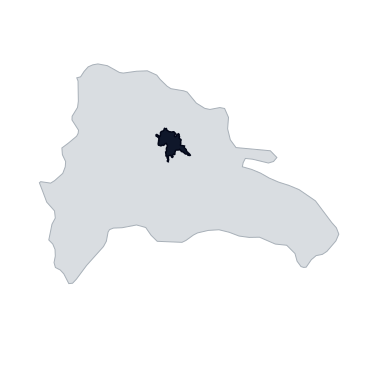 Concepción de la Vega, La Vega, Dominican Republic (highlighted), rotated 10°
{"feature_id": "3306468B4333912279461", "entity_name": "Concepción de la Vega", "entity_type": "district", "adm_level": 2, "iso_a3": "DOM", "parent_name": "Dominican Republic", "parent_adm1": "La Vega", "projection": "natural_earth1", "projection_center": [-70.509, 19.202], "detail": "fine", "context": "in_parent", "style": "filled", "palette": "ink", "viewbox_px": 384, "rotation_deg": 10, "n_neighbors": 0, "source": "geoboundaries", "source_scale": "gbopen_adm2", "svg_char_len": 6232}
<svg xmlns="http://www.w3.org/2000/svg" viewBox="0 0 384 384"><g transform="rotate(10 192 192)"><path d="M59.3,264.1L59.7,248.0L61.9,241.4L59.9,234.5L50.7,227.2L45.1,217.7L40.1,209.4L41.2,208.1L51.2,207.8L54.7,204.7L61.5,196.1L62.8,189.2L62.3,184.0L57.9,177.8L56.2,171.2L61.6,165.5L68.7,157.1L69.7,153.9L69.5,150.8L61.3,141.9L60.8,138.2L64.6,128.6L64.3,122.3L60.5,102.5L58.7,99.6L62.3,97.9L64.8,92.0L68.0,86.8L72.2,84.0L77.1,82.2L86.7,82.3L99.9,86.9L103.7,86.8L116.4,82.7L127.0,80.4L137.0,83.0L141.0,86.6L149.2,92.2L153.3,93.9L166.3,93.8L169.9,94.4L180.8,103.7L190.0,107.4L195.3,107.6L204.8,104.0L209.6,104.1L215.0,112.2L216.1,123.6L220.7,134.0L227.6,140.6L262.0,137.8L269.6,143.3L267.0,147.8L262.2,150.2L245.8,149.2L238.7,149.7L237.3,154.2L237.2,158.4L246.8,159.4L256.2,161.5L265.7,164.9L275.4,167.2L286.4,168.7L297.1,171.1L315.1,179.3L335.0,197.9L340.4,202.2L343.9,208.0L342.2,215.2L335.2,227.0L331.2,230.8L325.3,233.1L321.3,237.9L317.5,246.2L315.1,246.9L312.3,246.5L307.5,241.9L304.1,234.7L294.5,228.0L283.1,228.8L266.3,224.8L256.2,226.8L246.0,227.2L235.6,225.2L225.1,224.5L214.7,227.0L204.6,231.3L200.9,234.1L194.4,240.8L190.9,243.3L166.3,246.6L159.2,241.7L152.6,235.0L143.1,234.1L129.4,239.3L120.8,241.2L117.3,243.4L116.3,246.0L116.2,255.4L114.3,261.1L100.9,282.7L93.3,297.9L90.2,302.6L86.6,303.6L80.0,294.9L75.8,291.7L70.6,290.1L68.4,285.5L68.5,278.8L67.1,272.4L63.9,267.4L59.3,264.1Z" fill="#d9dde1" stroke="#a8b0b8" stroke-width="1"/><path d="M176.6,148.0L172.8,148.0L172.6,148.0L172.5,147.9L172.4,147.8L172.4,147.6L172.4,147.2L172.4,146.5L172.5,146.1L172.3,145.5L172.3,145.1L172.2,145.0L172.0,144.8L172.0,144.7L172.1,144.3L172.1,144.0L172.2,142.9L172.1,142.7L172.1,142.4L171.9,142.2L171.7,142.1L171.3,142.1L171.1,142.0L170.5,141.5L170.1,141.2L169.9,140.9L169.9,140.5L170.0,140.3L170.1,139.9L170.1,139.7L169.8,139.0L169.4,138.5L169.3,138.3L169.2,138.2L169.3,137.9L169.4,137.7L169.0,137.3L168.7,137.0L168.0,137.6L167.8,137.7L167.4,137.7L167.3,137.8L167.2,138.0L167.1,138.5L167.0,138.9L167.0,139.6L166.9,139.7L166.9,139.8L166.6,140.0L166.4,140.0L166.2,140.3L165.7,140.5L165.3,140.4L165.2,140.4L165.1,140.2L165.0,139.4L165.0,138.9L165.1,138.6L165.4,138.3L165.4,138.1L165.6,137.7L165.7,137.4L165.5,137.1L165.3,137.0L164.5,136.5L164.0,136.0L163.7,135.9L163.2,135.9L162.7,136.0L162.4,136.2L162.2,136.4L162.1,136.5L161.9,136.5L158.9,136.5L158.6,136.5L158.4,136.5L158.3,136.4L157.8,136.0L157.4,135.8L157.2,135.7L156.6,135.7L156.4,135.5L156.3,135.1L156.1,134.6L155.8,134.0L155.4,134.2L155.1,134.3L154.8,134.3L154.5,134.2L154.1,134.1L153.9,134.1L153.8,134.5L153.7,134.6L153.7,135.4L153.6,135.6L153.4,136.2L153.1,136.6L152.4,137.3L151.9,137.5L151.5,137.6L151.4,137.7L151.3,137.8L151.1,138.1L150.8,138.6L150.7,138.9L150.7,139.4L150.7,139.7L150.9,140.1L151.0,141.2L151.1,141.7L151.0,141.9L150.8,142.2L150.8,142.3L150.8,142.5L150.9,142.8L150.8,143.0L150.6,143.1L150.2,143.1L149.9,142.9L149.6,142.5L149.5,142.4L149.4,142.3L149.0,142.2L148.7,142.0L148.2,142.0L148.0,141.9L147.9,141.8L147.6,141.5L147.4,141.5L147.2,141.5L146.9,141.9L146.7,142.0L146.8,142.5L146.8,142.8L146.9,143.0L147.1,143.2L147.2,143.3L147.4,143.3L147.8,143.4L148.0,143.4L148.5,143.8L149.2,144.0L149.3,144.0L149.7,144.4L149.8,144.4L150.2,144.5L150.3,144.6L150.4,144.8L150.1,145.3L150.0,145.6L150.2,145.9L150.4,145.9L150.4,146.0L150.6,146.3L150.7,146.5L150.3,146.8L150.2,147.1L150.4,147.3L150.5,147.6L150.5,147.8L150.4,148.3L150.2,148.6L150.3,148.8L150.4,149.0L150.3,149.5L150.4,150.1L150.3,150.4L150.3,150.5L150.4,150.8L151.0,151.4L151.0,151.7L151.8,151.7L152.2,151.8L152.5,151.7L153.1,151.9L153.4,152.0L153.5,151.9L153.9,151.5L154.1,151.3L154.2,151.2L154.7,150.9L154.9,150.9L155.1,150.9L155.3,150.9L155.5,151.1L156.1,150.7L156.4,150.5L156.6,150.3L156.8,150.1L156.9,149.6L157.0,149.4L157.4,149.1L157.9,148.6L158.0,148.5L158.3,148.7L158.4,148.9L158.5,149.1L158.8,149.3L159.0,149.5L159.2,149.8L159.4,150.2L159.6,150.5L159.8,150.7L159.8,150.9L159.8,151.2L159.6,151.5L159.7,151.9L159.7,152.1L159.4,152.6L159.2,153.1L159.2,153.4L159.3,153.8L159.4,154.5L159.5,154.8L159.6,155.3L159.8,155.7L159.9,156.2L159.8,156.4L159.6,156.6L159.5,156.9L159.3,157.0L159.2,157.2L159.1,157.3L159.3,157.7L159.4,158.1L159.5,158.4L159.6,158.9L159.8,159.2L159.9,159.6L160.0,159.8L159.9,160.0L160.1,161.0L160.3,161.1L160.9,161.1L161.0,161.2L161.2,161.3L161.4,161.5L161.4,162.0L161.4,162.3L161.7,162.8L161.8,163.1L162.5,163.9L162.6,164.0L162.6,164.6L162.5,164.8L162.5,165.6L162.3,165.8L162.6,166.1L163.0,166.3L163.4,166.3L163.3,165.9L163.3,165.6L163.3,165.0L163.4,164.6L163.4,164.4L163.2,163.6L162.8,162.8L162.8,162.6L162.8,162.1L162.7,162.0L162.6,161.8L162.5,161.7L161.9,161.0L161.9,160.9L162.0,160.7L162.5,160.6L162.9,160.2L163.1,160.1L163.3,160.1L163.7,160.0L163.9,160.0L164.0,159.9L164.1,159.7L164.3,159.6L164.5,159.5L164.8,159.5L165.0,159.6L165.2,159.8L165.5,160.6L165.6,160.8L166.0,161.2L166.1,161.3L166.4,161.4L166.6,161.4L166.9,161.0L167.2,160.6L166.9,160.3L166.8,160.1L166.5,159.5L166.5,159.4L166.6,159.1L166.9,158.7L167.0,158.2L167.2,157.9L167.4,157.9L167.6,157.9L167.7,158.0L168.0,158.1L168.3,158.1L168.5,157.9L168.5,157.7L168.4,156.8L168.4,156.5L168.3,156.2L168.2,155.9L168.3,155.7L168.4,155.4L168.4,155.2L168.5,154.6L168.5,154.4L168.6,154.1L168.8,153.9L169.2,153.4L169.5,153.2L170.5,153.2L171.0,153.0L171.6,152.9L171.8,152.9L172.0,152.7L172.2,152.4L172.3,152.3L172.3,152.2L172.5,152.2L172.6,152.3L172.9,152.6L173.4,152.9L173.7,153.0L174.0,153.3L174.4,153.9L174.5,154.0L174.8,154.0L175.1,153.8L175.4,153.8L175.8,153.8L176.1,153.8L176.3,153.9L176.6,154.4L176.6,154.5L176.8,154.5L177.1,154.4L177.3,154.4L177.5,154.8L177.7,155.0L177.9,155.1L178.3,155.3L178.7,155.6L178.8,155.6L179.0,155.7L179.3,155.5L179.5,155.5L179.8,155.5L180.1,155.6L180.3,155.5L180.5,155.5L181.0,155.7L181.4,155.8L181.5,155.8L181.6,156.0L181.6,156.3L181.6,156.5L181.8,156.6L182.3,156.4L182.6,156.3L183.0,156.5L183.8,156.3L183.9,156.2L184.0,156.0L183.9,155.9L183.6,155.7L183.2,155.2L182.9,155.1L182.4,154.6L182.1,154.4L181.8,154.3L181.2,154.0L180.9,153.6L180.5,153.5L179.9,153.1L179.7,152.8L179.6,152.7L179.5,152.4L179.1,151.9L179.0,151.4L178.9,151.2L178.5,150.9L178.1,150.6L177.2,150.1L177.0,149.8L176.7,149.5L176.6,149.3L176.6,149.2L176.6,148.8L176.6,148.0Z" fill="#0f172a" stroke="#020617" stroke-width="1.5"/></g></svg>